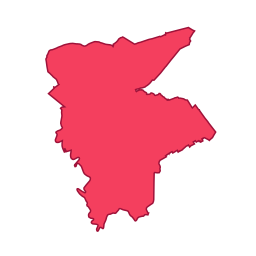 outline of Mosquera, Cundinamarca, Colombia, rotated 95°
{"feature_id": "7082276B63365049346428", "entity_name": "Mosquera", "entity_type": "district", "adm_level": 2, "iso_a3": "COL", "parent_name": "Colombia", "parent_adm1": "Cundinamarca", "projection": "orthographic", "projection_center": [-74.234, 4.678], "detail": "fine", "context": "isolated", "style": "filled", "palette": "rose", "viewbox_px": 256, "rotation_deg": 95, "n_neighbors": 0, "source": "geoboundaries", "source_scale": "gbopen_adm2", "svg_char_len": 5752}
<svg xmlns="http://www.w3.org/2000/svg" viewBox="0 0 256 256"><g transform="rotate(95 128 128)"><path d="M25.5,70.1L24.8,72.2L23.3,75.2L23.4,75.3L22.6,76.5L30.1,97.8L29.8,98.7L30.2,98.8L30.7,98.6L30.8,98.8L32.0,98.8L31.9,99.5L34.2,103.4L33.9,104.2L37.0,111.8L37.9,114.8L41.5,123.0L42.3,125.4L43.3,127.2L43.9,128.8L38.1,140.4L37.8,141.3L38.3,141.9L38.7,143.2L39.9,144.7L40.2,145.0L42.3,146.1L42.7,146.6L43.3,146.9L44.2,148.0L45.2,148.9L45.7,149.9L46.1,150.0L46.9,149.7L47.4,149.7L48.2,150.0L47.3,150.9L47.1,151.4L46.9,152.1L46.7,153.1L46.6,156.6L46.5,157.8L45.6,161.5L45.4,162.9L44.8,164.4L44.8,165.3L44.8,168.3L45.0,169.1L47.0,173.3L47.4,173.7L47.7,174.5L49.5,176.6L50.0,177.6L50.2,178.3L50.2,179.0L50.0,179.8L49.4,181.4L48.9,182.1L48.6,183.5L48.6,185.3L48.7,186.7L48.5,190.4L48.9,193.1L50.3,197.6L51.0,199.4L52.1,201.3L53.6,204.5L54.7,206.3L56.1,209.1L56.6,210.2L57.1,212.1L58.0,213.2L58.6,213.5L61.0,214.2L62.8,215.0L63.1,215.1L64.7,215.0L66.1,215.7L66.9,215.7L69.2,215.1L74.1,214.0L78.8,212.7L79.3,212.3L80.2,210.8L81.5,209.3L82.2,208.4L83.0,207.5L83.3,207.3L85.5,204.0L86.1,203.4L88.2,202.2L89.4,201.7L90.3,201.1L90.7,200.6L93.6,203.9L93.8,204.4L93.6,205.6L93.8,205.6L94.5,204.9L94.8,205.0L100.7,210.2L112.4,193.0L112.9,195.4L113.5,196.3L114.3,196.9L115.1,196.0L115.9,195.5L118.4,195.5L121.3,194.9L122.8,194.9L127.9,195.4L129.2,195.4L131.7,194.5L133.1,193.5L133.6,193.4L134.5,193.9L135.8,195.2L137.1,197.9L137.9,198.9L138.3,199.2L138.8,199.2L138.8,199.3L139.3,199.1L140.1,198.3L140.9,198.0L142.8,198.4L146.0,199.3L146.4,199.3L147.4,199.1L148.1,198.6L148.5,198.0L148.5,196.5L148.1,195.3L146.3,192.3L149.4,192.3L151.6,192.1L153.4,191.5L155.2,190.6L157.5,189.3L157.2,188.5L154.7,190.0L154.2,189.0L156.9,187.3L155.1,182.7L157.0,182.7L159.1,182.9L160.8,182.8L162.2,182.4L162.8,182.1L163.3,181.7L163.6,181.2L164.0,180.6L164.1,180.1L164.1,179.6L163.7,178.6L161.8,175.7L161.6,174.9L161.8,174.1L162.2,173.9L162.7,173.7L163.4,173.8L163.9,174.0L169.3,177.9L170.0,178.0L171.1,177.4L171.0,176.9L170.8,176.5L168.5,175.9L168.1,175.7L167.7,175.0L167.7,174.5L168.0,173.7L170.3,171.1L175.8,168.5L177.2,167.6L177.8,166.9L179.0,165.0L179.5,163.8L180.0,162.3L180.6,161.4L181.2,161.1L182.4,161.1L182.8,161.1L183.9,161.5L188.4,164.7L191.4,166.6L192.6,166.6L192.9,166.4L193.4,166.1L194.6,165.0L195.0,164.7L195.4,164.7L196.0,164.8L196.2,165.3L196.2,165.7L195.1,168.3L192.9,172.2L192.9,173.1L193.2,173.4L193.9,173.4L194.6,173.1L195.1,172.8L197.7,170.6L199.0,168.9L199.9,167.6L200.9,165.5L201.4,165.0L204.6,163.2L205.4,162.4L206.2,162.0L207.2,162.0L207.9,162.3L208.7,162.1L209.3,161.8L209.6,161.0L210.2,160.4L213.0,158.2L213.3,158.1L214.2,158.1L215.1,158.3L216.4,159.3L217.5,159.7L218.4,159.7L219.7,159.4L220.2,159.1L221.1,157.2L221.2,155.0L221.4,154.5L221.8,154.3L222.2,154.3L222.7,154.5L223.3,155.3L224.0,155.9L224.6,156.2L225.2,156.3L225.6,156.2L226.1,155.7L226.5,155.0L226.6,153.8L226.6,151.7L226.7,150.7L227.1,149.7L227.3,149.5L227.6,149.4L228.2,149.4L231.2,150.4L232.0,150.4L233.2,149.9L233.4,149.5L233.3,149.1L233.0,148.7L229.8,147.5L229.5,147.2L229.4,146.4L230.4,144.2L230.0,143.8L229.3,143.6L225.6,143.5L222.3,142.3L220.4,141.8L218.8,141.6L217.4,141.1L216.4,140.7L215.6,139.4L215.4,138.2L214.0,135.5L214.1,133.4L213.9,133.0L213.8,132.7L210.3,130.2L209.5,129.9L209.1,129.5L209.0,128.8L209.1,128.2L209.9,125.7L210.5,121.6L211.0,120.6L212.0,119.9L213.4,119.2L214.4,118.5L215.0,118.0L216.3,116.0L217.9,114.5L219.6,113.1L219.9,112.7L219.8,112.2L219.1,111.5L217.0,110.6L216.1,109.8L215.6,109.0L214.7,106.3L214.5,105.0L214.3,104.7L213.0,103.8L212.9,103.5L212.7,102.2L212.8,100.6L210.9,100.1L210.9,100.7L208.3,102.3L207.5,102.7L206.0,102.6L205.2,102.1L204.6,101.5L201.6,97.9L200.9,96.9L199.2,96.3L197.2,96.1L179.9,97.4L170.8,98.0L170.3,97.8L170.0,97.5L170.1,94.8L169.8,93.0L168.8,92.6L168.3,92.3L167.7,92.2L165.7,92.7L165.0,92.5L164.0,92.5L162.9,92.9L160.9,94.1L160.4,94.2L158.5,93.9L157.8,93.4L157.4,93.3L153.3,87.3L152.4,88.1L151.5,86.9L151.3,87.0L150.3,85.5L150.2,85.5L150.1,85.4L149.9,85.1L150.0,85.0L149.9,85.0L149.8,84.8L149.7,84.9L147.7,82.1L149.0,81.2L147.0,78.4L145.9,77.0L147.1,76.3L147.0,76.2L147.6,75.9L146.3,74.4L146.5,74.3L144.9,71.8L144.2,71.4L141.6,68.9L141.4,68.8L140.9,68.2L140.6,67.5L139.7,66.3L141.6,64.9L140.2,63.8L138.1,60.4L136.2,61.8L134.8,59.8L135.8,59.1L136.1,58.8L134.5,56.5L135.3,55.9L134.7,55.2L135.6,54.6L135.3,54.2L135.5,54.0L134.3,52.3L133.2,53.0L132.9,52.8L132.4,53.3L131.8,52.2L131.6,52.3L131.0,51.0L132.7,46.7L133.3,45.9L132.4,45.2L130.2,43.0L127.9,42.0L124.4,40.3L116.2,47.9L114.7,49.1L111.6,52.1L107.3,55.8L104.6,58.1L103.6,58.6L103.6,59.1L103.4,59.4L99.4,62.8L99.2,63.0L102.4,65.6L102.3,65.8L95.0,71.3L95.1,71.8L94.9,73.6L94.2,74.8L94.0,75.8L93.7,78.7L93.9,80.1L93.1,80.7L92.9,81.5L93.5,82.5L93.8,83.8L94.6,85.1L96.5,89.2L96.4,89.3L96.7,90.3L96.0,90.3L95.9,90.4L95.9,90.7L96.0,90.9L96.6,91.1L96.7,91.4L96.6,91.7L96.0,92.2L95.1,93.8L94.0,94.9L93.9,95.5L93.5,96.3L93.3,96.6L92.7,97.0L92.2,98.1L91.3,98.6L90.9,99.2L90.9,100.0L91.8,100.5L92.2,101.0L93.2,103.7L93.1,104.2L92.0,105.1L91.8,105.4L91.4,106.3L91.1,107.4L91.1,108.0L91.3,108.4L92.0,108.8L92.4,109.3L92.8,111.3L92.9,112.3L92.7,112.5L91.8,112.4L91.4,112.7L91.0,113.3L90.5,114.6L89.6,115.9L88.9,116.6L89.0,117.4L88.7,117.7L89.0,118.3L88.9,119.4L89.0,119.5L90.2,121.9L91.0,122.8L90.8,123.1L89.6,123.5L89.1,123.8L88.8,123.3L87.9,120.6L88.7,119.8L88.7,119.6L87.5,119.8L87.2,119.2L86.7,117.2L85.7,114.7L85.5,114.4L84.9,113.9L83.7,112.3L82.2,110.8L81.0,109.8L78.1,107.9L78.1,106.9L78.1,106.3L77.9,106.1L70.3,100.3L63.9,96.1L63.1,95.4L56.6,91.2L52.7,88.5L44.7,83.1L41.5,77.9L39.6,74.3L38.2,74.2L37.2,74.0L36.1,73.3L35.9,73.2L35.3,73.5L34.9,74.1L34.6,74.3L33.7,74.1L32.9,74.4L31.8,73.6L27.6,71.5L26.9,71.1L26.4,70.6L25.5,70.1Z" fill="#f43f5e" stroke="#9f1239" stroke-width="1.5"/></g></svg>